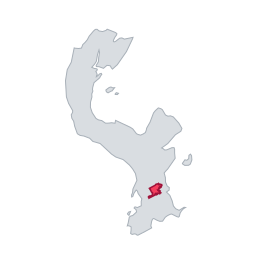 Besiko, Ngöbe Buglé, Panama (highlighted), rotated 242°
{"feature_id": "35544464B66777465067959", "entity_name": "Besiko", "entity_type": "district", "adm_level": 2, "iso_a3": "PAN", "parent_name": "Panama", "parent_adm1": "Ngöbe Buglé", "projection": "robinson", "projection_center": [-82.066, 8.549], "detail": "fine", "context": "in_parent", "style": "filled", "palette": "rose", "viewbox_px": 256, "rotation_deg": 242, "n_neighbors": 0, "source": "geoboundaries", "source_scale": "gbopen_adm2", "svg_char_len": 6018}
<svg xmlns="http://www.w3.org/2000/svg" viewBox="0 0 256 256"><g transform="rotate(242 128 128)"><path d="M224.0,118.1L223.4,118.6L221.4,121.7L220.4,124.4L222.9,127.3L223.7,130.3L225.1,133.6L227.3,136.8L229.8,143.0L230.4,145.4L229.7,147.0L227.3,148.0L225.1,150.8L224.5,154.3L225.0,156.0L218.4,161.6L216.7,162.5L215.6,161.7L214.2,158.9L212.5,156.6L211.6,155.8L211.0,155.8L210.5,156.3L210.3,157.5L211.2,162.8L210.4,164.9L208.2,166.5L205.7,175.0L204.7,174.0L196.2,162.5L188.9,148.3L187.3,141.9L189.2,141.5L191.1,141.6L192.0,140.6L193.2,138.8L192.2,134.4L195.8,131.1L197.1,128.9L198.1,129.2L200.4,133.0L203.8,135.1L208.0,138.3L210.5,139.0L207.3,135.7L201.7,131.3L200.1,128.5L198.6,124.5L196.4,126.2L195.4,127.7L194.3,128.5L193.3,127.5L193.1,126.2L189.8,126.0L189.0,124.8L188.1,124.1L188.5,126.6L189.1,128.2L188.8,130.0L187.7,130.1L186.8,128.2L185.6,126.5L184.0,119.3L180.3,115.8L178.6,114.7L177.1,114.3L175.1,112.0L172.3,110.7L168.5,107.1L163.9,104.5L158.3,103.6L151.5,104.2L149.2,105.6L147.6,107.4L146.9,108.3L142.8,110.4L141.3,113.4L140.4,115.9L138.3,118.8L140.6,120.6L127.5,130.4L124.9,131.8L119.0,132.8L117.6,133.8L115.8,135.8L115.6,138.7L115.8,141.2L117.6,143.2L119.1,144.4L122.8,150.2L129.3,157.6L130.5,160.3L131.5,164.2L129.6,166.1L128.1,166.9L121.9,167.2L119.7,168.8L118.8,171.2L116.5,173.2L108.5,175.2L102.3,175.4L100.3,173.1L99.8,166.7L95.6,155.8L94.6,148.3L93.5,149.2L91.3,150.1L90.5,152.0L90.0,157.5L89.1,159.4L87.4,159.2L83.8,157.3L79.1,155.4L73.1,143.7L72.4,141.5L71.3,138.8L66.6,137.7L62.6,135.7L58.3,135.4L56.1,136.5L53.8,135.1L53.4,131.9L48.9,133.3L43.1,132.8L37.8,131.5L34.3,132.2L31.3,134.5L31.7,140.3L30.8,141.5L30.7,139.1L29.7,136.3L28.4,134.1L25.8,131.7L25.6,130.8L26.7,129.6L31.5,126.2L32.0,124.8L32.1,121.8L31.7,119.0L29.5,114.8L30.7,112.2L33.2,110.1L35.7,108.5L36.2,107.8L35.7,106.4L34.2,104.8L30.8,102.2L28.7,102.0L28.6,94.5L28.7,86.5L29.2,85.7L30.5,85.2L31.5,84.0L32.1,81.7L33.6,80.8L36.3,82.7L39.1,84.3L40.3,83.7L41.1,82.9L41.7,82.2L41.9,81.4L44.1,83.6L48.7,87.3L49.0,89.2L48.5,91.0L49.8,96.1L52.1,96.8L54.5,95.8L55.1,96.8L54.7,97.7L53.4,98.8L53.1,103.2L57.0,105.2L59.0,107.0L65.4,106.2L67.8,106.7L69.4,106.1L67.6,102.6L65.2,100.0L65.4,98.8L67.2,99.7L68.6,101.5L71.8,103.7L77.6,111.3L84.3,113.2L89.6,112.9L94.6,111.9L102.4,108.9L108.1,103.6L112.7,101.2L127.4,96.1L132.6,90.7L134.8,90.0L136.9,89.4L141.6,85.3L144.0,82.2L146.7,80.6L154.4,81.7L159.5,83.2L163.0,83.0L166.3,84.1L167.8,86.4L169.3,87.3L177.6,87.1L184.3,88.2L199.1,95.0L208.0,101.7L212.7,108.8L224.0,118.1ZM75.6,170.9L73.7,171.1L69.8,169.4L66.9,166.1L66.7,165.0L66.7,163.9L68.3,160.6L70.4,159.4L71.2,159.4L73.2,163.3L71.9,164.8L72.4,167.2L75.3,169.0L75.6,170.9ZM170.6,133.4L169.9,135.1L168.2,131.3L168.5,130.3L168.4,126.9L169.9,126.0L171.1,126.0L172.0,126.4L172.6,130.4L172.2,132.2L170.6,133.4ZM53.5,89.2L53.1,91.1L50.4,87.8L52.0,87.2L52.6,87.3L53.5,89.2ZM164.7,134.2L163.1,135.9L162.5,134.3L163.6,132.5L164.0,132.5L164.7,134.2Z" fill="#d9dde1" stroke="#a8b0b8" stroke-width="1"/><path d="M55.4,125.3L55.7,125.4L55.8,125.4L55.8,125.5L55.7,125.5L55.5,125.8L55.3,126.0L55.3,126.3L55.5,126.3L55.8,126.4L55.8,126.5L56.0,126.4L56.3,126.3L56.3,126.2L56.4,126.3L56.6,126.3L56.7,126.2L56.8,126.3L56.8,126.2L56.9,126.3L57.0,126.3L57.0,126.2L57.3,126.2L57.3,126.3L57.4,126.1L57.5,126.0L57.6,126.3L57.8,126.2L58.0,126.0L58.3,125.9L58.3,125.6L58.4,125.8L58.5,125.9L58.6,125.7L58.8,125.7L58.8,125.9L58.7,126.1L58.9,126.0L59.0,125.9L59.1,125.7L58.9,125.8L58.9,125.7L58.7,125.6L58.8,125.6L58.7,125.5L58.5,125.4L58.8,125.3L58.8,125.1L59.0,125.0L59.3,125.2L59.5,125.3L59.4,125.3L59.2,125.6L59.3,125.7L59.5,125.9L59.4,126.0L59.5,126.1L59.7,126.5L59.8,126.8L60.0,127.0L59.9,127.1L59.8,127.4L60.0,127.5L60.2,127.4L60.2,127.5L60.1,127.9L60.1,128.0L60.2,127.9L60.3,127.7L60.6,127.6L60.7,127.3L60.9,127.5L61.0,127.7L60.8,127.8L60.8,128.0L60.7,128.2L60.8,128.3L60.7,128.3L60.5,128.5L60.5,128.4L60.4,128.5L60.4,128.8L60.6,129.0L60.7,128.9L61.0,128.9L61.3,128.7L61.4,128.8L61.1,128.9L61.1,129.0L60.9,129.2L60.9,129.3L60.8,129.5L60.7,129.4L60.6,129.5L60.8,129.6L61.0,129.7L61.0,129.8L60.8,129.9L60.8,130.0L61.0,130.2L61.0,130.3L61.1,130.6L61.5,130.8L61.5,131.0L61.9,131.1L61.9,130.9L62.1,131.0L62.0,130.9L62.3,131.0L62.5,130.9L62.6,130.7L62.8,130.5L62.8,130.4L62.9,130.2L63.0,130.2L63.3,130.0L63.4,129.7L63.4,129.4L63.5,129.3L63.6,129.2L63.8,129.2L63.9,128.9L63.9,129.0L64.0,129.0L64.0,128.9L64.0,128.7L64.3,128.7L64.2,128.6L64.3,128.6L64.5,128.4L64.7,128.1L64.6,127.9L64.7,127.7L64.8,127.7L65.0,127.4L65.0,127.2L65.0,126.9L65.0,126.6L65.2,126.4L65.2,126.2L65.1,125.9L65.0,125.7L64.9,125.6L64.7,125.2L64.7,118.7L64.5,118.8L64.2,118.9L63.8,119.0L63.7,118.9L63.5,119.0L63.2,118.8L63.2,118.6L62.8,118.7L62.7,118.7L62.5,118.8L62.3,118.8L62.2,118.8L62.1,118.7L61.7,118.7L61.3,118.8L61.1,118.7L60.8,118.6L60.7,118.6L60.4,118.7L60.4,118.8L60.2,118.9L59.9,119.0L59.7,118.9L59.6,119.0L59.5,118.8L59.2,118.8L59.0,119.1L58.9,119.1L58.7,119.0L58.6,118.9L58.4,118.8L58.2,118.7L58.2,118.8L57.9,118.7L57.6,118.6L57.4,118.5L57.3,118.4L57.2,118.2L57.1,117.9L57.4,117.6L57.4,117.3L57.4,117.1L57.4,116.9L57.2,116.6L57.2,116.4L57.3,116.1L57.5,115.8L57.6,115.7L57.7,115.3L57.7,115.2L57.8,115.2L57.9,114.9L57.9,114.6L57.7,114.4L57.8,114.0L57.8,113.9L57.7,113.8L57.5,113.6L57.2,113.7L56.7,113.7L56.4,113.7L56.4,113.8L56.2,113.7L56.1,119.9L56.3,120.0L56.5,120.3L56.4,120.4L56.4,120.5L56.4,120.9L56.1,120.8L56.1,121.0L56.1,121.3L55.9,121.4L55.8,121.7L55.8,121.8L55.7,121.8L55.7,122.1L55.6,122.4L55.6,122.5L55.7,122.8L55.8,122.8L55.8,123.1L56.0,123.2L56.0,122.9L55.9,122.9L55.9,122.7L56.1,122.7L56.0,122.4L55.9,122.1L56.1,121.5L56.3,121.4L56.5,121.4L56.6,121.6L56.7,121.9L56.8,121.8L56.9,121.7L57.0,121.5L57.2,121.4L57.3,121.6L57.3,122.0L57.1,122.0L57.1,121.8L56.9,121.9L56.9,122.1L56.7,122.2L56.6,122.3L56.6,122.5L56.5,122.8L56.3,122.8L56.1,122.8L56.1,123.0L56.3,123.1L56.5,123.3L56.5,123.5L56.5,123.8L56.3,123.8L56.2,123.8L56.1,124.0L55.9,124.3L55.8,124.5L55.7,124.5L55.5,124.8L55.5,125.0L55.4,125.0L55.5,125.2L55.4,125.3Z" fill="#f43f5e" stroke="#9f1239" stroke-width="1.5"/></g></svg>